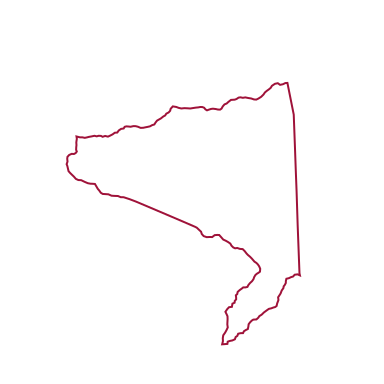 Igaporã, Bahia, Brazil (orthographic projection), rotated 289°
{"feature_id": "56859067B50358984616919", "entity_name": "Igaporã", "entity_type": "district", "adm_level": 2, "iso_a3": "BRA", "parent_name": "Brazil", "parent_adm1": "Bahia", "projection": "orthographic", "projection_center": [-42.745, -13.834], "detail": "fine", "context": "isolated", "style": "outline", "palette": "rose", "viewbox_px": 384, "rotation_deg": 289, "n_neighbors": 0, "source": "geoboundaries", "source_scale": "gbopen_adm2", "svg_char_len": 3281}
<svg xmlns="http://www.w3.org/2000/svg" viewBox="0 0 384 384"><g transform="rotate(289 192 192)"><path d="M206.9,64.7L204.8,65.8L203.0,66.1L201.1,66.5L198.7,67.5L196.5,68.0L194.2,68.7L192.7,69.9L190.9,69.3L189.5,68.0L188.9,65.8L187.0,63.8L184.7,62.8L182.8,63.2L180.2,64.4L177.5,64.4L176.1,65.6L174.2,66.8L171.5,68.5L170.3,70.6L169.4,72.5L168.1,75.3L166.6,77.9L166.3,80.6L167.1,83.4L166.8,85.8L166.6,87.7L166.4,90.7L166.8,93.3L167.4,95.3L168.0,97.6L166.3,99.6L164.3,101.9L163.2,103.8L161.6,106.0L161.1,108.2L162.6,113.7L162.3,117.1L163.0,119.7L164.1,123.3L163.9,126.3L164.8,129.1L164.9,135.4L164.7,141.9L162.0,180.7L160.1,206.2L159.8,208.2L158.6,210.8L157.4,213.5L155.5,214.9L154.1,217.4L154.1,220.6L155.0,222.8L156.0,225.8L158.6,227.5L159.6,229.8L160.2,231.7L159.0,233.9L157.2,237.0L156.9,239.9L156.4,242.5L155.7,245.0L154.1,246.8L153.0,249.1L152.8,251.1L153.8,253.0L153.8,255.8L154.5,258.5L153.3,261.0L151.6,263.6L150.7,265.3L149.7,267.9L148.5,270.3L147.5,272.0L146.5,273.7L145.9,276.0L145.0,277.8L143.6,279.7L141.6,281.5L138.8,282.2L137.3,281.2L135.9,280.0L134.2,279.0L131.8,278.5L129.6,278.5L127.2,277.8L124.8,276.5L122.4,275.6L120.3,275.3L119.2,273.6L118.5,271.5L117.0,270.6L114.9,269.1L112.4,267.7L110.2,268.0L108.6,267.1L106.8,268.0L104.9,268.7L102.9,267.9L101.2,268.3L99.6,266.6L96.4,267.1L95.1,264.5L92.6,263.4L89.6,262.6L87.6,264.6L86.1,266.0L83.5,267.0L80.7,267.8L78.3,268.5L75.6,269.9L72.7,269.6L69.8,269.1L66.7,268.2L63.8,268.7L61.1,269.8L57.8,270.1L58.7,272.2L59.9,274.9L62.1,274.5L63.4,276.1L64.8,278.5L66.7,280.5L69.1,280.5L70.7,281.7L73.0,281.8L74.3,283.8L75.2,286.2L77.2,286.4L79.0,287.8L80.6,289.4L83.1,289.1L85.4,288.6L87.6,289.3L89.9,290.4L91.3,291.5L92.5,294.4L94.7,295.6L96.6,296.1L98.7,297.8L101.5,299.2L103.7,300.7L106.5,302.7L107.8,304.8L109.3,306.6L110.3,308.1L111.8,309.1L114.3,308.8L118.0,308.9L120.5,307.7L122.4,308.2L124.9,308.8L128.1,308.9L130.8,309.7L132.7,309.4L134.4,310.0L136.5,310.3L138.5,309.7L140.7,309.5L142.1,311.7L143.7,313.3L145.0,315.1L147.2,316.0L148.5,318.6L148.3,321.2L150.1,320.1L194.8,302.8L226.6,290.7L246.7,282.9L267.5,274.9L298.3,263.0L326.2,246.7L325.4,244.8L323.5,242.9L322.0,240.4L322.8,237.7L321.3,235.2L318.4,233.0L316.1,232.5L314.1,231.3L312.0,229.8L309.8,228.5L307.5,227.9L304.5,226.4L302.0,224.4L300.3,222.7L299.7,220.5L299.7,217.5L299.2,214.7L298.8,211.6L297.6,209.4L297.3,207.0L296.4,205.3L294.4,203.8L293.2,202.3L291.8,198.9L288.9,197.0L287.0,196.0L285.4,194.2L282.9,193.2L280.5,192.8L279.1,191.8L278.4,189.7L278.2,187.6L277.6,184.7L276.7,182.9L275.4,181.2L274.1,179.6L274.5,177.8L275.6,176.1L275.7,174.2L275.1,172.2L274.0,170.3L273.1,168.3L271.8,165.8L270.4,163.2L269.6,160.2L268.8,157.5L267.5,154.7L267.2,152.0L267.3,149.5L266.7,146.0L263.7,144.7L261.7,144.9L259.6,144.0L257.7,142.2L255.6,141.7L254.1,140.3L251.4,138.6L249.6,137.0L248.1,135.7L245.8,134.9L243.6,134.4L242.2,132.5L240.4,130.9L239.1,128.8L238.0,126.9L236.8,124.9L235.9,122.5L236.1,119.5L235.9,117.3L235.2,115.1L233.7,112.7L233.3,110.9L232.7,108.6L231.7,107.1L229.8,106.7L228.6,104.4L226.3,102.7L223.9,102.0L222.9,99.7L220.7,98.2L218.7,96.3L217.0,94.5L216.7,91.6L215.1,89.5L215.4,87.7L214.8,85.5L213.6,83.8L213.4,81.5L211.9,79.0L210.5,76.5L209.5,75.0L208.3,73.0L208.0,70.5L207.2,68.2L206.9,64.7Z" fill="none" stroke="#9f1239" stroke-width="2"/></g></svg>